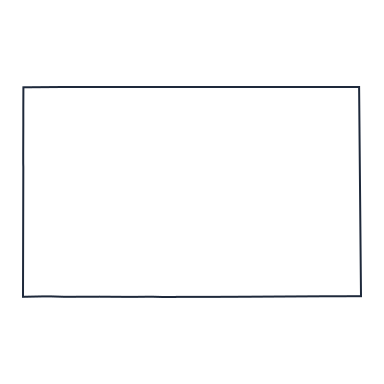 Fall River, South Dakota, United States of America
{"feature_id": "52423323B73670292543255", "entity_name": "Fall River", "entity_type": "district", "adm_level": 2, "iso_a3": "USA", "parent_name": "United States of America", "parent_adm1": "South Dakota", "projection": "orthographic", "projection_center": [-103.704, 43.24], "detail": "fine", "context": "isolated", "style": "outline", "palette": "slate", "viewbox_px": 384, "rotation_deg": 0, "n_neighbors": 0, "source": "geoboundaries", "source_scale": "gbopen_adm2", "svg_char_len": 444}
<svg xmlns="http://www.w3.org/2000/svg" viewBox="0 0 384 384"><path d="M23.4,87.3L23.3,108.8L23.3,125.4L23.2,154.0L23.2,163.5L23.3,166.7L23.3,169.9L23.0,296.8L43.0,296.4L50.9,296.4L64.2,296.8L99.3,296.7L99.8,296.7L131.6,296.9L151.5,296.7L162.6,297.0L175.9,297.0L176.1,296.9L198.5,296.9L199.0,296.9L231.3,296.8L251.7,296.7L318.5,296.3L318.9,296.3L361.0,296.2L359.1,87.0L62.0,87.0L23.4,87.3Z" fill="none" stroke="#1e293b" stroke-width="2"/></svg>